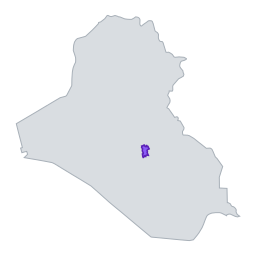 location of Al-Hilla, Babil, Iraq
{"feature_id": "34846034B12502380306420", "entity_name": "Al-Hilla", "entity_type": "district", "adm_level": 2, "iso_a3": "IRQ", "parent_name": "Iraq", "parent_adm1": "Babil", "projection": "robinson", "projection_center": [44.41, 32.357], "detail": "fine", "context": "in_parent", "style": "filled", "palette": "violet", "viewbox_px": 256, "rotation_deg": 0, "n_neighbors": 0, "source": "geoboundaries", "source_scale": "gbopen_adm2", "svg_char_len": 4524}
<svg xmlns="http://www.w3.org/2000/svg" viewBox="0 0 256 256"><path d="M98.6,22.5L100.7,21.9L104.8,18.7L107.1,15.6L107.9,15.4L110.0,16.4L111.5,16.6L115.0,15.5L117.1,16.1L118.8,16.9L119.8,16.9L124.5,18.8L125.6,19.0L128.0,19.3L131.6,19.4L134.0,18.1L135.6,16.9L136.7,17.0L137.9,17.3L138.8,17.8L139.6,18.7L140.0,19.9L139.8,24.0L140.2,25.1L140.8,25.9L141.6,26.0L142.6,25.1L144.3,23.8L146.4,22.4L148.0,21.1L148.9,20.7L150.3,20.7L151.7,20.9L152.4,21.6L152.4,21.8L153.2,23.7L155.0,30.8L156.1,31.8L157.3,32.5L158.1,33.6L158.5,34.6L158.4,36.3L158.4,38.2L158.9,39.7L159.6,40.8L160.2,41.4L161.2,41.5L162.4,41.7L163.1,42.8L165.6,51.0L165.9,52.1L166.9,52.4L168.6,52.2L170.4,53.1L172.3,54.4L174.0,56.9L175.2,57.3L179.0,56.9L184.0,57.3L186.4,58.6L186.2,59.4L184.4,60.3L181.1,61.3L180.2,63.1L179.7,65.3L179.8,66.6L180.6,68.0L182.9,70.8L183.0,71.8L183.4,73.2L183.9,74.2L183.4,76.1L181.3,77.4L178.6,78.8L173.2,85.0L172.7,86.3L172.8,90.0L172.3,91.1L170.5,91.1L169.2,90.9L169.1,92.2L168.2,93.9L167.7,95.4L169.8,98.9L170.1,100.8L169.8,102.5L168.0,105.5L166.9,107.5L167.1,107.9L168.6,108.7L173.2,115.2L174.6,117.4L176.6,116.8L177.3,116.9L177.8,117.3L178.2,118.0L178.2,119.0L177.7,120.5L180.2,121.0L181.1,122.5L184.0,127.6L183.9,129.1L182.5,131.5L182.5,133.0L182.8,134.5L183.2,135.0L187.5,135.2L189.3,135.7L193.7,138.3L198.7,142.3L202.8,145.5L206.3,148.3L210.1,148.1L211.1,148.6L212.0,149.4L213.1,151.7L215.3,156.9L217.1,158.6L220.0,162.7L222.7,166.5L221.0,171.8L219.3,177.2L219.4,184.2L219.4,188.0L223.0,188.2L227.0,188.4L227.1,192.9L227.2,197.4L227.3,202.6L228.5,202.8L230.4,203.9L231.2,205.6L232.2,206.5L233.4,206.7L234.6,207.5L235.8,209.0L236.3,210.1L236.0,210.9L236.2,212.3L237.1,214.2L238.1,215.1L239.7,216.2L237.6,216.9L235.3,216.4L230.3,214.1L228.8,214.1L226.7,214.9L226.6,215.7L221.4,213.1L219.5,212.6L218.9,212.6L215.9,212.6L211.7,213.1L209.2,214.1L207.5,215.2L206.7,216.3L206.4,216.9L205.1,220.0L203.6,224.1L202.0,227.8L198.9,232.9L197.1,235.3L193.4,239.8L189.4,240.6L180.0,239.8L169.6,238.8L159.2,237.8L151.5,237.1L150.9,236.9L143.3,230.6L137.3,225.6L129.8,219.3L122.2,212.9L114.4,206.5L108.8,201.8L102.0,195.7L95.8,190.2L90.9,185.9L84.7,182.1L79.8,179.1L72.6,174.8L67.0,171.4L62.1,168.4L54.6,163.8L52.1,162.6L44.3,161.1L37.0,159.8L29.3,158.5L24.2,157.6L27.6,154.3L26.7,151.4L24.2,152.0L21.9,152.7L20.6,148.1L22.4,147.6L20.9,141.7L19.3,135.6L17.8,129.7L16.3,123.7L22.8,119.9L27.7,117.0L34.5,113.0L41.0,109.1L47.2,105.4L54.1,101.3L60.2,97.7L65.8,96.2L66.9,95.0L69.5,90.0L71.7,85.8L71.8,84.8L71.9,78.8L72.4,71.7L73.1,68.0L74.4,64.6L75.6,62.2L75.7,59.9L75.6,57.6L74.5,54.1L73.3,50.5L73.5,47.0L73.7,45.1L74.5,42.1L75.9,39.9L77.3,38.6L82.5,37.2L85.6,36.3L89.8,32.4L92.3,30.1L95.8,26.5L98.3,23.8L98.6,22.8L98.6,22.5Z" fill="#d9dde1" stroke="#a8b0b8" stroke-width="1"/><path d="M148.3,147.1L148.0,146.4L147.3,146.4L147.2,146.2L147.0,145.8L146.8,145.5L146.5,145.5L146.4,145.6L146.2,146.2L146.0,146.7L145.8,146.7L145.5,146.5L145.4,146.4L145.0,146.3L144.8,146.1L144.6,145.7L144.5,145.2L144.4,145.2L144.2,145.0L143.8,145.1L143.7,145.5L143.2,145.6L143.0,145.8L142.7,145.7L142.5,146.0L141.9,146.0L141.7,146.1L141.3,146.1L141.1,146.2L141.4,146.2L141.6,146.3L141.8,146.4L141.8,146.6L141.8,146.8L141.8,147.0L141.7,147.2L141.6,147.3L141.6,147.5L141.8,147.8L142.1,148.2L142.2,148.3L142.3,148.4L142.4,148.5L142.5,148.6L142.6,148.8L142.6,149.0L142.5,149.3L142.4,149.5L142.3,149.9L142.3,150.1L142.3,150.4L142.3,150.5L142.3,150.8L142.4,151.1L142.5,151.2L142.5,151.4L142.6,151.5L142.8,152.1L143.0,152.3L143.1,152.6L143.2,152.8L143.3,153.0L143.3,153.3L143.2,153.6L142.9,153.7L142.8,153.8L142.7,153.8L142.4,153.9L142.4,154.0L142.4,154.3L142.5,154.4L142.6,154.6L142.7,154.8L142.7,155.1L142.7,155.4L142.6,155.5L142.7,155.8L142.7,156.2L142.8,156.4L142.8,156.7L142.9,156.8L143.0,157.1L143.1,157.3L143.2,157.5L143.3,157.5L143.6,157.4L143.7,157.2L143.9,156.9L144.0,156.8L144.2,156.6L144.3,156.5L144.4,156.4L144.4,156.2L144.5,156.1L144.5,155.9L144.9,156.1L145.0,156.2L145.2,156.3L145.4,156.4L145.5,156.5L145.8,156.5L145.8,156.4L145.8,156.1L145.7,155.8L145.7,155.7L145.8,155.5L145.9,155.4L146.0,155.4L146.3,155.3L146.4,155.2L146.5,155.1L146.8,155.2L147.0,155.2L147.3,155.0L147.6,155.0L147.9,155.3L148.2,155.4L148.4,155.4L148.3,155.1L148.2,155.0L148.0,154.5L147.7,153.8L147.4,153.2L147.1,152.7L147.3,152.4L147.4,152.0L147.3,151.7L147.4,151.4L147.1,150.9L147.0,150.7L147.1,150.3L147.1,150.2L147.5,149.7L148.1,149.4L148.5,149.2L149.1,149.0L149.2,148.9L149.1,148.7L149.0,148.4L148.8,148.1L148.3,147.6L148.3,147.1Z" fill="#8b5cf6" stroke="#5b21b6" stroke-width="1.5"/></svg>